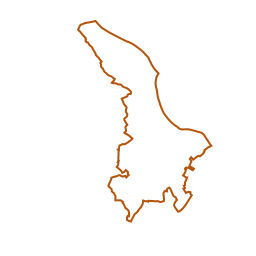 Campo De La Cruz, Atlántico, Colombia (orthographic projection), rotated 294°
{"feature_id": "7082276B53254947845178", "entity_name": "Campo De La Cruz", "entity_type": "district", "adm_level": 2, "iso_a3": "COL", "parent_name": "Colombia", "parent_adm1": "Atlántico", "projection": "orthographic", "projection_center": [-74.896, 10.416], "detail": "fine", "context": "isolated", "style": "outline", "palette": "amber", "viewbox_px": 256, "rotation_deg": 294, "n_neighbors": 0, "source": "geoboundaries", "source_scale": "gbopen_adm2", "svg_char_len": 5840}
<svg xmlns="http://www.w3.org/2000/svg" viewBox="0 0 256 256"><g transform="rotate(294 128 128)"><path d="M92.6,213.6L92.8,212.7L93.1,211.9L94.4,211.3L94.7,211.2L94.7,210.8L94.5,210.0L94.2,209.3L93.7,208.5L93.3,208.1L92.2,207.4L95.0,203.3L95.7,203.8L96.4,204.4L98.1,202.6L99.2,203.3L100.8,202.5L101.7,202.2L102.2,202.2L103.2,202.3L106.8,202.1L106.4,201.4L107.1,197.6L107.8,197.8L108.5,198.0L109.2,198.1L111.6,198.2L113.2,197.8L113.8,197.8L113.9,197.7L114.0,197.6L114.0,197.4L113.8,197.0L113.7,196.8L113.8,196.7L114.4,196.7L115.0,196.9L115.6,197.4L115.8,198.1L115.9,198.8L116.0,199.0L116.4,199.3L115.7,204.2L117.6,204.8L117.7,204.4L117.9,203.0L118.1,199.6L120.9,199.6L122.8,199.4L123.6,199.4L124.8,197.1L127.0,197.6L125.7,200.5L130.5,203.0L131.0,203.7L131.6,205.4L135.2,207.1L135.4,207.1L137.1,207.4L137.1,207.2L137.7,207.4L138.9,206.8L139.6,207.3L142.6,208.9L145.6,211.4L146.7,209.4L152.8,199.9L153.4,198.1L153.6,196.8L153.0,193.6L152.8,192.0L151.9,185.8L151.2,183.2L149.2,179.1L148.6,177.7L148.4,176.8L148.3,175.6L148.5,174.5L148.7,173.5L149.2,172.5L149.6,169.2L151.0,164.7L152.7,160.8L155.0,156.5L156.1,154.8L156.9,153.7L158.7,151.6L161.7,148.6L163.2,147.2L164.5,146.1L166.5,144.3L168.5,142.6L169.7,141.8L173.2,139.7L176.8,137.0L178.3,136.0L179.5,135.3L180.7,134.7L182.7,134.1L183.5,133.9L184.7,133.6L185.9,133.4L187.7,133.4L190.3,133.7L192.3,129.1L192.9,127.8L195.6,123.8L198.8,120.0L200.1,118.6L201.1,117.0L202.2,114.0L203.6,111.1L204.5,108.1L205.9,102.2L206.4,99.5L206.7,97.4L206.8,94.4L206.6,91.3L206.8,86.0L207.5,74.7L207.8,70.8L208.9,63.1L210.6,59.0L212.6,54.7L210.8,52.6L206.3,46.0L205.0,44.7L203.1,42.9L202.5,42.6L201.0,42.4L197.5,42.4L196.2,45.8L194.9,48.1L193.9,50.6L193.5,51.4L193.4,51.5L193.2,52.1L193.0,52.8L192.1,52.8L192.0,53.1L191.8,53.4L191.6,53.7L191.0,53.8L190.5,53.8L190.0,54.0L189.9,54.2L189.5,55.3L189.5,55.5L189.8,56.2L189.8,56.8L189.7,57.0L189.3,57.4L188.3,58.7L188.1,59.1L187.9,60.0L187.6,60.5L187.4,61.6L187.2,62.1L186.9,62.6L186.0,63.6L184.8,65.2L184.8,65.3L184.1,66.3L183.1,67.7L182.4,68.4L181.6,68.9L180.2,72.6L178.9,74.8L178.3,76.2L177.9,76.9L176.2,76.3L175.8,76.7L175.6,77.1L175.1,77.5L174.2,78.0L173.5,78.1L173.2,78.3L172.6,79.4L171.9,81.1L171.7,81.4L171.3,81.7L170.7,82.4L170.1,83.1L169.8,83.6L169.6,84.3L169.3,85.5L169.2,86.0L168.5,87.4L168.4,87.7L168.3,88.8L168.2,89.7L168.3,91.4L168.4,91.9L167.9,93.5L167.6,94.6L167.4,96.0L165.7,95.9L163.6,95.0L162.7,94.9L162.9,96.3L163.2,97.1L163.7,98.2L163.8,98.7L163.9,99.9L163.8,101.4L164.1,102.1L164.5,102.8L164.7,103.6L164.5,104.7L163.7,106.7L163.7,107.1L163.7,107.8L163.9,109.7L163.8,111.5L163.6,112.5L163.0,114.5L162.6,115.2L162.0,116.1L160.9,116.6L160.6,116.6L160.3,116.6L160.2,116.5L159.9,116.2L159.7,115.6L159.2,114.8L158.9,114.5L158.3,114.3L157.7,114.2L157.1,114.3L156.6,114.5L152.2,110.4L151.9,110.8L151.4,111.3L150.5,112.3L149.0,113.7L148.0,114.9L147.7,115.5L147.6,115.9L147.3,116.2L147.0,117.0L146.9,117.7L146.7,118.0L146.1,118.4L145.8,118.5L143.8,118.7L143.0,119.0L142.3,119.3L141.9,119.6L141.1,120.6L140.6,121.6L140.3,121.8L139.1,122.2L138.2,122.3L137.4,122.1L137.0,121.9L136.6,121.6L135.8,121.1L135.5,121.0L134.9,120.9L134.6,121.0L134.0,121.3L133.8,121.5L133.0,122.6L132.1,123.8L131.9,124.2L131.4,124.8L130.6,126.1L130.0,125.8L128.9,125.4L128.7,125.4L127.9,125.4L127.2,125.6L126.6,126.0L125.6,126.8L124.6,127.4L124.4,127.4L123.4,127.3L123.0,127.1L122.5,126.6L122.0,126.8L121.9,127.4L121.9,127.9L121.8,128.3L121.8,129.4L121.6,131.7L121.2,132.9L120.6,134.7L120.2,136.3L119.2,136.1L118.4,135.8L116.3,134.5L114.8,133.8L113.8,133.0L112.5,132.2L112.1,131.8L112.0,131.6L111.7,131.4L111.5,131.2L111.4,130.8L111.4,130.2L111.2,129.7L110.8,129.3L110.3,129.0L109.2,128.0L109.0,127.7L108.7,127.6L108.5,127.3L105.5,128.1L104.1,127.5L103.9,128.9L102.9,128.9L102.1,129.1L100.6,129.9L96.2,131.6L95.1,132.2L94.2,132.5L93.2,132.5L93.5,132.9L93.2,132.9L92.4,133.3L90.9,133.9L90.2,133.9L88.2,133.8L88.0,133.7L87.8,133.6L86.4,138.6L84.7,141.1L86.9,142.6L88.6,143.1L87.7,145.9L85.8,146.6L85.3,147.8L83.8,147.1L82.1,146.6L82.2,146.4L82.8,145.7L83.2,145.0L81.9,143.4L81.4,142.7L81.3,142.3L81.5,140.2L81.5,139.7L81.4,139.3L81.1,138.9L80.5,138.2L78.5,136.4L78.4,136.3L78.4,135.8L78.2,135.6L77.6,135.0L75.8,133.0L75.1,133.3L74.1,133.5L71.5,133.5L68.4,133.5L67.8,133.5L67.3,133.6L66.8,134.1L66.5,134.5L66.3,135.4L66.1,136.0L65.8,137.0L65.5,137.8L65.3,138.0L64.3,138.5L63.8,138.9L63.4,139.3L63.2,139.8L63.0,140.9L62.7,141.7L62.5,142.1L61.8,142.9L61.1,143.5L60.7,144.2L56.8,145.9L59.0,150.8L58.3,153.6L57.4,153.5L56.7,155.2L54.2,157.8L53.9,158.3L53.3,160.8L52.9,161.4L52.8,161.8L52.7,162.2L52.1,162.6L51.2,163.2L49.4,164.1L48.8,164.6L48.3,164.8L47.8,164.8L47.5,164.7L47.4,164.0L47.4,163.5L46.7,163.4L45.7,163.5L44.1,164.4L43.8,164.5L43.6,164.6L43.6,165.2L43.4,166.0L43.7,168.7L45.2,168.6L46.0,168.8L47.2,168.8L48.3,168.9L52.0,169.1L53.5,170.0L55.0,170.6L56.0,170.9L57.0,171.0L58.5,171.3L61.6,172.2L62.9,172.1L64.0,172.3L64.9,172.2L67.9,171.4L67.9,172.2L68.1,173.0L68.1,173.8L68.3,174.2L68.6,174.5L68.9,175.3L68.9,176.4L69.9,176.4L70.3,177.9L70.9,179.1L71.4,180.2L71.7,181.1L71.7,181.4L72.0,182.6L72.6,183.6L72.9,184.3L73.2,184.6L73.2,184.9L73.4,185.9L73.4,187.2L73.6,187.8L73.7,188.1L74.6,189.1L75.1,189.6L75.6,190.0L75.7,190.3L76.0,190.5L76.6,190.4L77.6,189.8L79.7,188.7L81.8,187.4L82.5,187.1L82.8,187.0L83.8,187.0L85.0,187.1L85.3,187.1L85.9,186.9L86.0,186.8L85.8,187.2L85.4,187.5L86.0,189.4L87.0,188.7L87.3,188.6L88.2,188.6L88.7,188.7L89.0,188.9L90.3,190.0L89.4,191.8L89.0,192.1L88.6,192.5L87.9,193.4L86.5,194.8L84.6,197.0L84.2,197.7L84.1,199.1L84.0,199.8L83.5,200.5L83.0,201.0L82.6,201.3L82.4,201.4L82.2,202.0L80.2,201.4L79.1,201.1L77.3,201.3L76.3,201.5L76.0,201.7L75.1,202.5L74.8,202.9L74.7,203.2L73.9,204.4L73.0,206.1L71.9,207.8L72.0,208.0L72.4,208.4L72.8,208.8L74.1,209.7L74.6,210.0L77.7,211.1L81.5,212.0L92.6,213.6Z" fill="none" stroke="#b45309" stroke-width="2"/></g></svg>